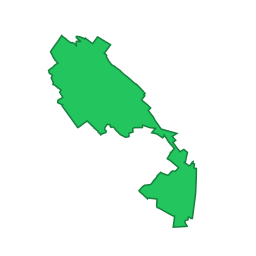 Perieni, Vaslui, Romania (orthographic projection), rotated 321°
{"feature_id": "2599482B28911022909883", "entity_name": "Perieni", "entity_type": "district", "adm_level": 2, "iso_a3": "ROU", "parent_name": "Romania", "parent_adm1": "Vaslui", "projection": "orthographic", "projection_center": [27.615, 46.258], "detail": "fine", "context": "isolated", "style": "filled", "palette": "green", "viewbox_px": 256, "rotation_deg": 321, "n_neighbors": 0, "source": "geoboundaries", "source_scale": "gbopen_adm2", "svg_char_len": 5746}
<svg xmlns="http://www.w3.org/2000/svg" viewBox="0 0 256 256"><g transform="rotate(321 128 128)"><path d="M121.1,238.8L139.3,221.5L140.3,220.3L148.2,211.4L154.6,203.8L155.5,202.7L155.4,202.6L155.6,202.3L155.5,202.2L154.5,201.3L154.1,200.4L154.1,200.1L154.3,200.0L156.0,198.9L156.5,198.1L157.0,197.6L156.2,196.6L157.5,195.1L156.5,195.0L154.2,195.6L153.0,196.1L152.8,196.2L152.3,196.0L152.2,195.9L152.1,196.0L151.7,195.6L151.4,195.0L150.7,191.9L150.5,191.7L150.1,190.1L150.3,190.0L150.7,190.3L150.9,190.3L151.5,190.3L156.4,186.3L157.4,185.6L158.8,184.5L158.9,184.3L158.7,184.0L158.6,183.0L158.2,181.7L158.2,180.9L158.0,180.3L158.0,179.9L157.6,179.7L154.5,179.3L153.4,179.1L153.5,176.4L153.5,173.3L153.7,170.4L153.8,167.4L157.3,167.6L157.1,162.4L162.6,163.0L153.1,149.7L153.2,149.4L153.2,148.3L153.2,147.6L153.2,147.2L153.1,146.9L153.3,146.3L153.5,144.8L153.6,141.9L153.8,139.3L154.3,136.8L154.5,135.1L154.5,134.9L154.7,134.3L154.6,133.0L154.8,127.1L158.2,126.7L157.6,121.8L156.4,115.8L156.2,114.9L156.8,114.7L157.0,114.5L161.3,113.6L161.2,112.2L163.0,112.0L162.9,110.1L162.9,108.6L162.7,105.9L162.1,99.3L162.0,99.1L161.7,99.1L161.4,97.5L161.3,97.1L160.7,94.1L160.4,91.6L160.2,90.9L159.6,87.4L158.6,83.7L158.4,82.2L158.3,81.2L158.2,80.6L158.0,79.2L158.0,78.9L158.1,78.4L157.7,77.2L157.2,75.1L156.8,74.1L156.6,73.2L156.6,72.5L156.2,71.0L155.7,70.5L155.2,68.8L155.1,65.7L155.3,63.5L155.8,60.8L156.0,59.1L156.2,58.8L156.8,58.5L157.2,57.8L156.7,54.8L157.0,54.9L157.4,54.8L166.8,52.4L166.5,51.3L166.1,50.2L163.4,42.8L161.7,38.0L157.4,39.2L153.5,40.1L152.1,34.2L151.6,32.3L151.4,31.2L150.4,31.5L150.2,31.4L149.7,29.6L147.5,26.2L146.1,24.8L145.4,24.4L145.2,24.4L145.1,24.5L145.1,25.0L144.9,25.3L144.8,25.7L144.8,26.2L145.7,30.5L145.6,30.8L145.4,30.8L144.9,30.5L144.1,29.4L143.7,29.0L142.7,28.3L142.1,28.3L139.7,31.2L139.5,28.7L139.3,28.0L138.9,27.3L138.3,26.4L137.8,26.1L137.4,26.0L137.3,25.9L136.6,24.0L135.8,20.5L135.9,19.9L135.7,19.0L134.9,16.4L134.7,15.2L134.7,14.4L131.5,15.4L130.5,15.6L130.5,15.8L130.2,15.9L126.4,17.0L126.0,17.0L124.5,17.4L122.9,17.9L122.6,17.9L122.0,18.1L118.4,19.1L117.2,19.5L116.7,19.6L115.8,19.9L115.4,21.7L115.1,23.5L114.8,24.3L114.6,25.2L114.5,25.6L114.1,28.8L114.1,29.6L114.3,33.4L111.5,33.1L110.2,33.1L108.2,33.5L107.3,33.5L106.6,33.4L105.1,33.3L103.4,33.2L102.4,33.3L102.3,34.2L102.2,34.4L102.0,34.6L101.9,34.9L101.5,35.2L101.5,35.3L101.5,35.7L101.4,36.1L101.5,36.2L101.5,36.7L101.6,36.8L101.9,37.2L101.9,37.7L102.1,38.2L102.1,38.7L102.3,39.1L102.4,39.6L102.2,39.8L101.8,39.8L101.1,40.2L100.8,40.3L100.6,40.5L100.3,40.5L99.8,40.8L99.7,41.4L99.8,41.6L99.4,42.3L99.3,43.4L99.1,43.8L98.8,44.6L98.6,45.1L98.4,45.9L98.0,46.0L97.6,46.8L97.1,47.0L97.5,47.7L97.9,48.4L98.0,49.0L98.2,49.5L98.3,50.0L98.6,50.6L98.7,51.4L98.8,51.9L98.6,52.1L98.7,52.3L98.6,52.5L98.9,53.0L99.1,53.2L99.3,53.7L99.3,54.3L99.4,54.6L99.6,54.8L99.7,55.3L99.7,55.6L99.9,56.4L97.6,57.0L97.3,57.7L97.2,58.4L97.1,60.2L96.8,61.9L96.7,62.2L96.4,63.2L94.5,62.9L92.4,62.4L91.5,62.5L91.1,62.4L90.8,62.5L90.7,62.6L89.3,64.0L91.6,68.8L91.0,68.9L90.9,69.0L90.7,69.3L90.7,69.5L89.7,87.3L89.4,92.7L89.4,93.8L89.3,94.3L89.2,95.6L89.3,96.2L93.2,96.5L95.4,96.5L96.6,96.6L98.3,96.7L99.8,96.9L100.3,96.8L100.6,96.7L100.7,97.2L100.7,97.5L101.0,98.8L101.0,99.8L101.3,101.3L101.3,102.5L101.3,103.1L101.6,104.3L101.8,104.8L101.7,104.9L101.9,106.2L101.8,106.3L101.8,106.7L101.7,106.7L101.8,107.3L101.8,107.8L102.1,108.5L102.2,109.4L102.3,109.7L102.3,110.0L102.5,110.3L102.6,111.3L102.4,111.9L102.3,112.2L102.2,112.9L102.3,113.4L102.5,114.6L102.5,116.1L102.8,115.9L103.1,115.9L104.1,116.3L108.1,117.6L108.8,116.9L109.2,116.4L109.2,116.0L108.9,115.4L108.9,114.8L109.7,113.6L110.1,113.2L112.8,112.5L114.1,112.0L115.1,113.3L115.4,113.5L115.5,113.5L115.4,113.4L115.5,113.4L115.7,113.6L116.1,114.4L116.1,114.5L115.5,115.3L115.1,115.8L115.4,117.0L116.7,117.5L117.3,118.4L117.4,118.9L117.3,119.1L117.4,119.3L117.4,120.1L117.4,120.5L117.2,121.4L117.2,122.0L117.6,125.3L117.9,128.4L118.0,128.5L118.4,129.5L118.8,130.4L120.0,133.2L120.3,133.7L123.2,135.3L123.4,135.3L123.5,135.2L124.8,133.4L125.0,133.1L125.6,132.7L125.8,132.7L126.8,133.3L129.3,134.3L129.5,134.2L130.8,131.9L132.6,131.4L132.8,131.5L134.7,133.0L137.9,135.5L139.3,136.7L139.6,136.7L140.4,135.7L141.1,135.0L145.4,141.7L149.1,145.5L143.4,146.6L146.8,150.9L148.1,155.4L148.8,157.5L150.8,157.1L151.2,156.9L151.5,156.5L151.5,158.1L151.4,160.3L151.1,161.8L150.8,164.6L150.9,165.0L150.8,166.6L151.0,167.9L150.9,169.5L151.0,170.2L151.0,170.5L151.1,172.3L151.1,173.2L150.0,173.2L146.6,174.0L146.2,174.0L145.6,173.6L145.3,174.1L144.8,174.5L140.9,175.9L139.2,176.5L139.4,177.2L140.4,179.9L142.4,190.7L141.2,190.9L138.0,191.4L137.7,191.3L136.7,190.6L136.4,190.3L136.0,189.7L134.6,189.3L133.8,189.2L132.1,189.7L130.8,189.9L130.3,189.9L129.4,189.6L128.6,189.1L127.8,187.5L126.2,184.8L125.4,182.9L124.5,183.2L123.2,183.2L120.7,183.5L118.4,184.6L117.2,184.6L115.2,185.0L114.3,185.2L111.9,185.9L110.2,186.1L109.9,186.0L109.2,185.8L108.3,185.2L106.7,184.1L105.2,183.2L104.7,182.9L102.5,182.8L101.9,182.8L101.0,183.0L100.3,183.1L98.6,183.4L97.1,183.6L97.0,184.3L97.1,185.6L97.8,189.4L98.6,195.2L99.2,194.6L102.9,198.5L105.8,201.4L103.2,204.5L101.8,205.9L101.1,206.7L101.0,207.2L100.6,208.3L101.8,209.8L102.0,210.1L101.8,210.2L101.8,210.4L102.8,212.5L104.6,217.2L107.4,224.1L107.9,224.9L108.7,225.7L105.4,229.2L104.3,230.1L103.5,230.9L100.7,233.5L103.0,235.1L105.2,236.8L109.2,239.6L109.7,240.1L110.0,240.2L110.7,240.7L112.1,241.6L112.2,241.2L112.7,237.7L113.4,236.5L113.8,236.1L114.6,236.1L115.6,236.2L115.7,236.3L115.8,236.5L116.0,236.7L116.7,237.1L118.7,235.3L118.8,235.2L119.3,235.8L119.6,236.1L119.8,236.3L119.8,236.9L120.0,237.5L119.9,237.8L120.3,238.2L120.6,238.3L121.1,238.8Z" fill="#22c55e" stroke="#15803d" stroke-width="1.5"/></g></svg>